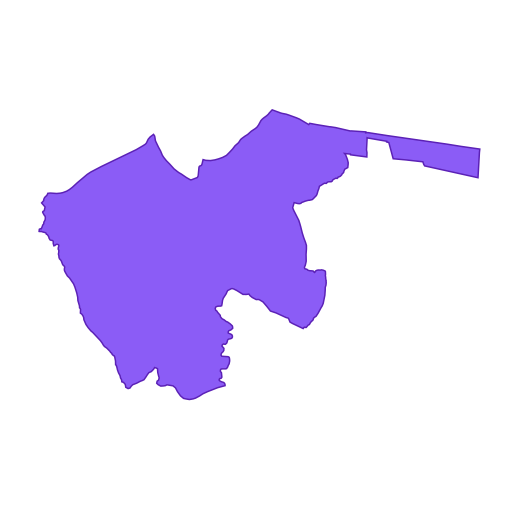 outline of Totolac, Tlaxcala, Mexico, rotated 183°
{"feature_id": "50627088B53783238434926", "entity_name": "Totolac", "entity_type": "district", "adm_level": 2, "iso_a3": "MEX", "parent_name": "Mexico", "parent_adm1": "Tlaxcala", "projection": "albers", "projection_center": [-98.25, 19.338], "detail": "fine", "context": "isolated", "style": "filled", "palette": "violet", "viewbox_px": 512, "rotation_deg": 183, "n_neighbors": 0, "source": "geoboundaries", "source_scale": "gbopen_adm2", "svg_char_len": 6163}
<svg xmlns="http://www.w3.org/2000/svg" viewBox="0 0 512 512"><g transform="rotate(183 256 256)"><path d="M247.5,402.8L250.1,399.7L251.2,398.1L252.7,396.6L255.3,394.5L256.9,393.0L257.5,392.3L258.2,391.4L260.4,386.8L261.8,384.7L263.4,383.2L267.2,380.4L270.4,377.2L271.7,376.2L273.3,375.1L276.0,372.9L277.4,371.6L279.4,368.2L282.7,365.0L285.0,361.6L288.1,357.9L290.8,354.9L294.5,352.7L298.6,351.0L302.2,349.8L306.5,348.9L311.2,348.9L313.9,349.5L314.7,345.1L315.1,343.9L315.8,343.3L317.0,342.8L317.4,342.3L317.6,341.5L317.9,334.2L318.0,332.8L318.7,331.3L324.3,328.8L325.2,328.6L326.0,328.9L329.6,330.7L334.8,333.9L337.2,335.1L338.9,336.2L342.4,338.7L346.8,343.1L350.4,346.4L353.1,349.4L354.3,351.0L354.9,351.9L356.8,355.9L359.1,359.6L362.2,365.3L362.5,366.0L363.3,369.8L363.6,370.7L364.7,372.1L368.0,369.3L369.8,366.9L371.4,363.0L372.4,361.8L374.8,360.1L381.2,355.9L415.1,337.3L425.4,331.2L428.8,328.7L438.3,319.8L443.0,315.0L445.8,312.6L448.5,310.8L452.2,309.2L454.8,308.5L458.3,308.0L464.7,308.1L467.2,307.7L467.5,306.7L468.3,305.2L469.0,304.7L470.1,303.4L470.6,302.4L470.9,301.3L471.0,300.7L470.9,300.2L472.9,297.8L469.2,293.9L469.6,291.7L469.7,290.6L470.2,289.9L470.9,289.5L471.3,289.0L471.3,288.4L470.2,286.6L469.2,285.1L468.7,284.8L468.4,283.5L468.4,281.5L468.9,280.0L469.2,279.6L469.6,278.7L469.7,277.0L470.7,275.6L470.8,274.9L471.8,272.0L471.9,271.9L472.6,272.0L473.0,271.9L473.2,271.6L473.8,271.3L473.9,269.2L472.9,269.1L471.7,269.3L470.9,269.0L468.1,268.4L467.4,268.2L466.8,267.7L466.5,266.8L465.7,266.5L465.3,266.2L464.2,264.7L463.8,263.7L463.6,263.0L462.6,261.4L462.0,261.1L460.1,260.8L459.7,260.6L459.4,260.1L459.2,259.7L459.2,258.1L458.4,255.6L457.4,255.9L456.8,256.6L456.0,257.1L455.4,257.3L454.8,257.2L453.8,256.9L453.5,256.4L453.6,255.1L453.9,253.8L453.9,252.5L453.2,251.3L453.2,249.1L453.4,248.0L453.3,247.0L452.9,246.1L452.7,244.4L452.1,242.9L451.0,241.9L450.2,240.9L448.8,237.7L448.2,236.8L447.4,236.2L446.8,235.6L446.5,235.1L446.5,234.4L446.7,233.1L446.6,231.8L446.2,230.8L445.2,229.1L443.3,226.2L441.0,224.2L436.7,218.6L435.2,215.4L433.1,209.8L431.9,205.5L431.5,202.1L429.7,197.0L429.5,195.0L428.8,194.4L428.4,193.3L428.4,189.8L427.0,188.9L425.8,187.4L424.9,185.6L424.5,183.3L422.2,178.7L419.9,175.7L416.9,172.5L415.0,171.1L406.9,163.3L404.9,160.8L403.9,159.2L402.6,157.7L400.3,156.3L397.0,153.3L396.1,152.1L394.9,151.2L394.5,150.2L393.1,149.1L392.3,148.8L391.8,147.8L390.8,143.8L390.5,140.0L389.8,139.5L389.0,137.3L388.4,135.1L387.2,132.2L385.5,129.4L384.9,127.1L383.8,125.4L383.4,123.3L381.7,122.9L379.8,120.9L379.2,118.1L376.8,116.9L374.9,117.6L373.9,119.3L372.4,121.0L368.4,122.8L364.9,124.9L363.2,125.6L361.4,126.6L359.8,129.1L358.4,131.6L356.9,133.9L354.5,135.1L352.4,137.5L351.4,139.3L349.4,138.8L348.4,138.2L348.3,136.7L348.0,134.4L347.0,131.1L346.3,129.2L346.9,126.8L348.2,125.8L348.5,123.7L347.0,122.4L344.3,121.1L341.7,121.4L339.7,121.8L338.2,122.7L332.1,122.0L329.5,120.1L327.3,116.4L324.1,112.4L320.9,110.0L318.4,109.6L315.0,109.2L311.4,110.0L309.0,110.9L305.0,113.3L301.7,115.7L297.3,118.0L287.4,122.5L280.1,124.9L280.2,126.0L280.7,127.2L281.6,128.0L283.8,128.6L285.1,129.1L286.2,129.9L286.3,130.9L285.8,131.7L284.9,131.8L284.3,132.2L283.8,133.0L283.8,133.7L284.4,137.6L285.6,139.1L285.5,140.5L284.9,141.3L283.8,141.5L280.5,141.7L279.5,142.0L278.5,143.6L278.0,145.3L277.2,146.9L276.8,149.8L277.0,151.7L277.4,153.3L278.0,153.8L278.8,154.0L284.9,154.1L285.6,154.9L285.7,156.1L285.3,157.2L283.9,158.7L283.2,160.0L283.2,162.1L285.3,164.3L285.0,165.5L284.0,166.4L282.1,166.2L280.8,167.3L280.3,168.7L280.0,170.5L279.2,171.5L277.0,172.1L275.9,172.6L275.3,173.8L275.4,175.0L276.0,176.1L276.9,176.6L279.7,177.6L279.8,178.8L279.2,180.0L277.3,180.8L275.5,182.5L275.6,183.8L276.0,185.0L278.1,186.8L280.9,188.6L282.3,189.0L284.5,190.6L286.5,191.5L287.5,192.5L288.4,193.6L288.6,194.9L291.4,197.8L292.2,199.0L293.4,199.7L294.0,201.7L293.3,203.2L291.4,203.9L288.9,204.1L287.7,204.5L287.4,206.4L287.1,209.9L286.5,212.1L283.7,216.9L283.5,217.7L282.5,220.0L278.9,222.1L277.8,222.2L276.5,221.9L273.1,220.4L267.0,217.0L263.7,217.1L261.1,217.6L259.9,216.1L257.6,214.4L253.5,212.5L251.7,212.7L250.5,212.6L246.6,210.5L242.6,206.3L238.7,201.8L233.0,200.2L222.7,196.1L221.0,195.8L220.5,195.5L219.8,194.5L218.6,191.8L216.0,190.5L205.1,186.0L204.6,186.6L204.5,187.1L203.5,187.5L202.5,187.2L202.1,187.3L200.3,189.7L199.1,190.4L198.1,192.4L196.9,193.9L196.1,194.5L195.6,195.4L195.3,196.9L194.2,198.0L192.9,198.9L191.0,202.1L188.3,207.8L187.3,209.6L186.4,212.2L185.6,217.6L185.2,220.3L185.1,225.8L185.2,228.3L184.6,230.6L184.5,233.1L184.7,234.3L184.6,234.9L185.0,235.7L185.0,236.6L185.3,237.3L185.3,238.4L185.7,240.0L185.6,241.2L185.7,242.5L185.9,244.2L186.3,244.7L188.3,245.4L189.2,245.5L190.0,245.6L191.0,245.3L193.1,245.3L194.5,244.9L195.8,244.1L196.4,242.8L196.7,242.6L197.0,242.8L198.1,244.0L199.6,244.1L201.5,244.1L202.5,244.3L203.6,244.6L204.3,245.3L205.4,245.6L206.5,245.8L207.0,246.7L206.9,247.8L206.3,249.2L205.7,252.7L205.6,253.5L206.1,260.4L206.0,265.6L206.2,269.2L207.2,272.0L209.2,276.6L211.0,281.4L212.9,287.6L214.1,291.1L214.8,292.9L215.0,293.6L220.7,303.5L221.9,306.1L220.7,311.3L217.2,310.6L215.5,310.5L214.0,310.9L213.1,311.9L211.3,312.6L210.1,313.2L207.8,314.0L206.4,314.4L205.4,314.5L202.9,315.2L202.0,316.0L198.9,319.5L198.3,320.9L197.5,324.4L196.8,326.4L196.3,329.0L195.6,329.4L191.6,332.2L189.6,332.2L189.1,332.7L188.9,333.2L187.5,333.9L184.7,334.1L183.9,334.7L183.4,335.8L182.7,336.5L180.7,337.7L180.2,337.9L179.1,337.7L178.3,338.5L178.2,339.0L177.6,339.3L176.7,339.6L175.8,340.2L174.6,341.6L174.4,342.3L172.9,343.9L172.7,345.1L171.9,347.3L169.0,349.1L168.8,352.0L168.8,354.0L169.8,357.3L171.9,362.0L172.9,363.0L167.0,362.7L166.9,362.0L150.5,360.7L150.6,365.0L151.2,367.8L151.2,379.9L150.7,379.7L131.4,377.4L131.5,376.7L129.3,376.3L124.1,360.3L111.1,359.8L94.3,358.8L93.3,356.3L92.3,354.8L38.4,345.8L38.3,371.1L38.1,374.5L57.1,376.2L71.1,377.7L131.0,383.1L150.7,385.1L152.9,384.8L152.8,385.7L167.4,385.9L168.5,385.8L183.2,388.4L188.1,388.9L189.2,388.9L202.6,390.4L209.3,391.3L210.2,390.0L219.8,395.0L222.8,396.1L230.0,398.3L233.2,399.2L237.4,399.8L239.2,400.2L247.5,402.8Z" fill="#8b5cf6" stroke="#5b21b6" stroke-width="1.5"/></g></svg>